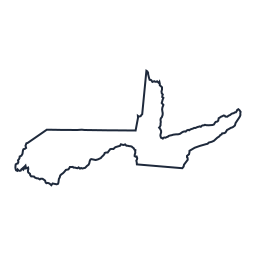 Campos Belos, Goiás, Brazil
{"feature_id": "56859067B24683817309733", "entity_name": "Campos Belos", "entity_type": "district", "adm_level": 2, "iso_a3": "BRA", "parent_name": "Brazil", "parent_adm1": "Goiás", "projection": "equal_earth", "projection_center": [-46.471, -12.965], "detail": "fine", "context": "isolated", "style": "outline", "palette": "slate", "viewbox_px": 256, "rotation_deg": 0, "n_neighbors": 0, "source": "geoboundaries", "source_scale": "gbopen_adm2", "svg_char_len": 3646}
<svg xmlns="http://www.w3.org/2000/svg" viewBox="0 0 256 256"><path d="M15.7,169.3L16.1,170.3L17.2,170.8L17.7,169.5L18.6,170.5L19.7,170.8L20.7,170.6L21.4,169.3L22.3,168.6L23.3,169.7L24.1,168.6L23.3,167.7L24.7,166.5L25.5,165.6L25.8,167.0L26.0,168.4L27.0,168.1L28.1,167.6L28.3,169.1L27.9,170.8L28.2,172.4L29.2,173.2L30.0,173.9L30.3,175.3L31.2,176.4L32.7,176.4L34.1,176.6L34.8,177.5L36.6,178.3L38.2,178.4L39.8,179.4L40.9,178.7L42.6,178.8L44.0,179.8L45.1,180.6L45.6,182.4L46.4,183.2L47.8,182.9L49.4,183.5L50.5,184.4L51.3,185.2L52.6,183.5L56.7,184.3L58.0,183.8L58.4,182.7L58.9,178.9L59.7,177.5L60.2,175.5L61.3,174.4L63.0,173.2L64.1,172.1L65.9,169.9L68.4,169.4L69.2,168.3L69.9,167.0L71.7,167.0L72.8,166.9L73.5,167.6L75.0,167.6L76.3,168.0L77.6,168.2L78.6,167.4L80.0,168.6L81.1,168.0L82.3,168.5L85.2,167.8L86.9,166.0L88.6,164.7L89.3,163.2L89.7,161.2L90.4,159.6L91.2,159.1L94.6,159.8L95.7,160.0L97.9,159.4L100.9,158.0L101.6,157.0L102.6,156.1L103.6,155.1L104.3,154.2L104.7,153.0L106.1,152.5L107.7,152.5L108.4,151.5L110.3,149.1L112.1,148.9L113.5,149.0L114.5,147.9L115.4,147.2L116.3,146.9L117.6,146.5L118.7,146.2L120.0,145.8L120.9,144.3L122.5,144.8L123.8,145.0L125.1,144.4L126.4,145.7L128.0,145.8L129.0,146.1L130.9,146.3L131.9,146.7L132.5,147.4L133.6,148.1L134.5,149.7L135.4,150.1L135.2,151.3L135.3,152.9L134.8,154.3L134.6,156.0L135.5,156.7L136.6,156.5L137.2,158.2L136.9,159.6L136.3,160.7L136.7,162.2L136.9,164.4L182.3,168.2L183.6,166.6L184.0,164.7L187.7,159.8L187.6,157.9L187.0,157.2L187.0,155.9L189.0,154.3L189.4,152.5L189.5,150.8L194.8,147.7L199.9,145.9L205.8,144.2L207.6,143.8L208.7,142.6L211.7,141.8L213.9,140.8L217.3,137.7L219.3,136.4L220.2,135.1L221.5,134.5L222.1,133.4L224.5,133.1L225.5,132.5L226.4,131.0L227.1,129.9L228.4,129.3L230.9,127.8L231.8,127.6L233.2,126.9L234.9,125.5L235.6,123.0L239.4,117.3L240.0,116.2L240.4,115.0L240.3,113.2L240.6,111.9L239.6,110.4L238.3,109.2L237.3,109.8L236.6,111.3L235.9,112.3L234.8,112.4L233.7,113.2L232.2,113.5L231.3,114.0L230.1,115.0L228.5,115.7L227.3,116.7L225.4,116.6L224.7,115.7L223.6,115.5L222.4,116.2L221.2,116.6L220.1,117.4L218.7,118.2L218.2,120.7L217.4,121.5L215.7,121.9L215.0,122.7L213.9,124.5L212.5,125.0L208.3,125.3L207.2,125.2L206.3,125.2L204.9,124.8L204.0,125.3L202.6,125.4L201.6,125.9L200.8,126.8L199.6,126.4L198.5,126.8L197.5,127.0L195.3,128.0L194.2,127.9L193.1,128.5L191.3,129.1L190.4,129.4L189.2,130.3L188.2,129.9L186.7,130.5L185.7,131.6L184.6,131.4L183.3,131.7L182.1,132.3L181.0,133.1L180.0,133.8L178.7,134.2L177.8,134.3L176.6,134.3L175.5,134.4L173.2,134.7L171.7,135.2L170.1,135.5L168.5,136.0L167.8,136.8L166.8,137.0L165.5,137.7L164.5,137.5L163.4,137.8L162.8,138.6L162.0,138.1L161.0,137.7L160.4,135.8L160.5,134.5L161.1,132.5L161.1,131.0L160.4,129.3L159.1,127.6L159.9,126.8L160.6,125.1L160.5,123.8L160.8,121.9L160.5,119.9L160.8,118.4L161.8,117.2L162.6,115.0L162.7,113.1L162.4,111.5L162.1,109.4L162.4,107.5L163.4,104.9L161.7,103.0L162.2,101.4L162.7,99.5L163.4,97.9L162.2,97.0L162.4,95.6L162.8,94.5L161.8,93.4L161.5,91.5L162.0,89.6L162.0,87.3L161.2,86.5L159.8,85.3L159.8,83.7L159.4,81.9L158.8,82.9L157.1,81.3L156.2,81.8L155.0,81.7L154.2,81.2L152.4,81.9L151.5,80.5L150.8,79.9L149.6,79.8L149.1,78.2L148.1,74.1L148.1,72.8L147.3,71.4L146.4,70.8L142.2,114.2L141.3,115.1L140.6,116.2L138.8,116.6L137.9,115.9L138.0,117.8L135.6,130.5L109.1,130.3L106.9,130.3L84.6,130.0L81.7,129.7L77.4,130.0L59.9,129.9L55.0,129.8L46.8,129.7L27.7,142.9L26.4,143.3L25.5,145.8L26.1,147.9L24.9,148.8L23.5,149.2L23.0,150.3L22.7,152.2L22.5,153.8L21.4,155.7L19.7,156.5L19.5,158.1L18.9,159.3L18.0,160.3L18.4,162.0L17.7,163.5L16.7,163.7L15.7,164.4L15.5,165.7L15.4,167.5L15.7,169.3Z" fill="none" stroke="#1e293b" stroke-width="2"/></svg>